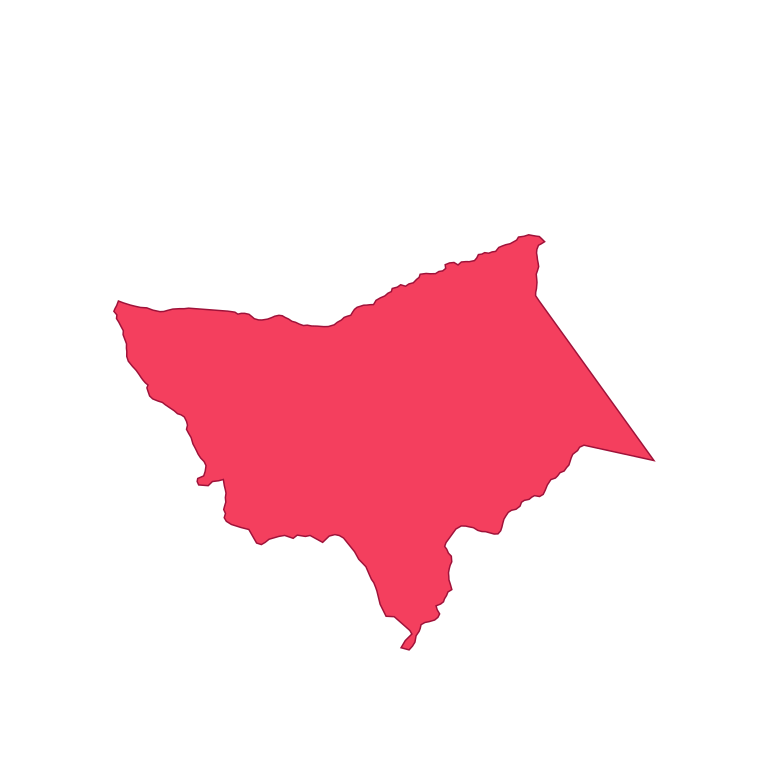 Coronel Sapucaia, Mato Grosso do Sul, Brazil, rotated 304°
{"feature_id": "56859067B59177050807498", "entity_name": "Coronel Sapucaia", "entity_type": "district", "adm_level": 2, "iso_a3": "BRA", "parent_name": "Brazil", "parent_adm1": "Mato Grosso do Sul", "projection": "orthographic", "projection_center": [-55.397, -23.331], "detail": "fine", "context": "isolated", "style": "filled", "palette": "rose", "viewbox_px": 768, "rotation_deg": 304, "n_neighbors": 0, "source": "geoboundaries", "source_scale": "gbopen_adm2", "svg_char_len": 3747}
<svg xmlns="http://www.w3.org/2000/svg" viewBox="0 0 768 768"><g transform="rotate(304 384 384)"><path d="M304.3,117.4L299.6,118.5L296.3,118.8L293.2,119.4L291.9,123.9L288.7,125.6L287.0,129.5L284.5,134.1L282.4,138.1L279.0,140.1L276.5,143.6L273.3,148.1L269.7,150.4L267.0,152.7L263.0,155.3L259.9,159.3L258.0,165.5L256.7,171.0L255.0,175.5L253.5,179.1L252.4,182.2L251.5,185.6L251.2,188.9L248.2,189.6L246.0,192.4L243.0,196.4L242.3,200.6L243.5,206.2L244.8,210.6L244.5,214.4L244.5,220.7L244.5,225.1L243.9,229.4L245.0,233.1L245.0,236.9L242.5,241.3L240.0,244.1L236.0,245.6L233.8,249.7L231.7,254.1L227.5,259.1L225.4,263.1L223.7,266.1L221.9,269.1L220.1,273.4L219.1,278.2L216.8,282.1L211.6,284.6L207.0,285.9L201.5,282.4L198.7,283.6L196.7,286.8L201.4,295.1L207.2,296.3L211.4,301.1L215.0,304.2L210.4,308.5L207.5,311.7L205.1,314.1L201.1,316.0L197.6,318.9L193.1,320.3L190.3,321.3L188.0,325.0L183.8,326.3L182.0,330.1L182.2,336.0L185.0,345.5L187.8,353.3L180.9,367.3L182.3,372.1L186.1,374.0L191.0,375.5L198.9,382.1L202.9,386.3L205.3,395.0L210.2,396.6L213.7,404.1L217.1,407.4L218.4,421.7L227.3,423.6L231.7,427.5L233.4,431.7L233.7,436.6L228.5,453.4L224.6,461.0L222.4,471.2L217.4,479.0L215.0,482.9L213.6,486.6L210.6,491.0L208.4,493.9L199.2,504.0L192.6,515.6L194.3,518.4L196.8,522.6L195.5,532.8L194.1,543.3L192.3,546.9L183.2,545.1L174.9,545.6L177.6,553.5L182.7,554.2L187.3,554.0L193.2,551.4L198.7,551.4L201.6,550.7L205.2,549.3L209.2,551.3L212.2,554.3L216.7,558.0L220.7,559.2L224.5,558.7L226.6,554.3L229.2,551.2L233.3,554.0L236.7,555.1L239.6,554.3L243.8,554.1L247.3,553.3L251.5,555.2L254.9,551.2L258.0,547.3L260.6,545.4L263.6,543.0L267.3,541.4L270.7,540.2L274.5,539.6L278.9,536.1L279.8,532.0L282.1,528.4L283.3,525.1L287.2,524.1L292.2,524.3L297.9,524.5L304.0,524.7L309.5,527.4L311.9,531.2L313.2,534.5L314.9,538.5L315.1,543.6L316.4,547.6L318.4,550.8L319.9,555.3L321.2,559.2L323.5,562.3L327.6,562.8L331.2,561.8L334.6,560.5L339.0,559.0L342.8,558.8L347.1,558.8L350.6,560.3L354.0,563.5L358.9,565.1L362.8,564.1L366.0,565.4L369.5,568.8L372.9,569.8L375.6,571.2L377.7,575.9L381.5,577.7L385.9,577.1L391.5,575.9L398.1,575.8L401.9,578.7L404.9,579.3L408.9,579.5L412.6,582.0L416.8,582.1L420.3,582.6L427.4,580.5L431.2,579.8L434.1,580.7L437.0,581.7L441.0,581.5L445.1,584.0L471.5,650.6L539.6,466.2L542.0,460.3L544.8,458.5L548.3,457.1L553.8,454.0L556.8,451.6L560.2,448.8L564.0,447.8L567.8,446.6L570.2,444.4L573.0,441.6L575.6,439.4L577.9,437.2L581.0,435.5L585.4,434.5L588.0,435.9L591.8,437.6L592.6,433.5L593.1,430.3L591.7,427.5L590.2,424.2L588.6,420.5L584.8,417.5L581.0,413.3L577.5,413.5L574.3,411.9L570.8,410.1L567.5,407.0L564.6,404.9L561.4,402.8L556.4,402.4L553.9,399.7L551.0,397.7L549.2,394.0L546.4,392.5L544.1,389.9L540.4,390.4L536.9,390.0L533.1,386.3L531.3,383.5L528.4,379.9L524.1,378.8L523.9,374.1L521.0,370.6L517.1,368.0L514.3,370.5L510.6,369.4L508.0,366.6L504.3,365.0L501.3,360.8L499.2,357.1L495.2,352.6L492.0,353.5L488.9,352.5L484.3,351.7L480.9,348.7L477.1,347.2L475.6,342.3L471.8,340.9L467.8,337.4L464.7,338.4L461.5,336.5L457.4,335.4L453.4,332.8L448.9,330.6L444.0,330.9L442.1,328.3L439.7,325.5L437.9,323.0L435.2,320.9L432.6,318.8L429.4,317.8L425.9,317.8L422.4,318.0L419.7,315.7L416.9,313.7L413.2,312.9L409.1,310.8L405.2,309.6L400.5,305.7L398.0,302.2L394.7,296.4L391.6,291.5L389.9,287.5L387.4,284.5L386.3,280.2L385.7,276.2L384.5,272.6L384.5,268.5L383.9,264.8L383.7,261.5L382.2,258.5L379.1,255.5L376.2,253.7L372.7,251.2L368.8,247.0L367.0,244.2L365.6,240.0L366.0,236.7L366.3,233.1L364.7,229.1L362.7,226.1L360.2,223.8L360.2,220.3L358.7,217.1L356.9,213.5L337.6,179.6L334.6,176.1L331.9,172.1L328.0,167.0L324.0,163.4L321.0,160.9L318.7,157.8L316.0,151.1L314.5,144.8L311.3,139.3L309.4,134.5L307.6,129.6L305.5,122.5L304.3,117.4Z" fill="#f43f5e" stroke="#9f1239" stroke-width="1.5"/></g></svg>